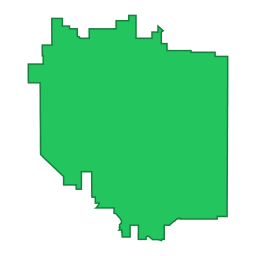 the district of Barkly, Northern Territory, Australia
{"feature_id": "25037944B87984246529450", "entity_name": "Barkly", "entity_type": "district", "adm_level": 2, "iso_a3": "AUS", "parent_name": "Australia", "parent_adm1": "Northern Territory", "projection": "natural_earth1", "projection_center": [135.185, -19.542], "detail": "fine", "context": "isolated", "style": "filled", "palette": "green", "viewbox_px": 256, "rotation_deg": 0, "n_neighbors": 0, "source": "geoboundaries", "source_scale": "gbopen_adm2", "svg_char_len": 3357}
<svg xmlns="http://www.w3.org/2000/svg" viewBox="0 0 256 256"><path d="M227.2,189.2L227.2,180.4L227.2,178.7L227.3,174.3L227.3,172.5L227.3,170.6L227.3,166.8L227.3,165.3L227.3,157.1L227.4,153.2L227.4,143.1L227.4,141.0L227.4,132.9L227.5,124.8L227.5,118.7L227.5,116.7L227.5,116.2L227.5,115.5L227.5,114.2L227.5,111.4L227.5,110.1L227.5,106.7L227.6,106.0L227.6,100.6L227.6,96.0L227.6,94.9L227.6,93.6L227.7,77.4L227.7,73.7L227.7,70.8L227.7,62.9L227.7,56.4L224.7,56.4L217.7,56.4L215.1,56.4L215.1,55.8L215.1,52.3L210.0,52.3L200.3,52.3L196.0,52.3L191.0,52.3L191.0,50.6L181.3,50.6L171.7,50.6L167.0,50.6L167.0,46.7L167.0,43.6L161.3,43.6L161.3,38.2L161.3,32.7L161.3,32.1L163.2,30.8L158.0,26.1L158.0,32.1L157.3,32.1L155.8,32.1L155.3,32.1L152.0,32.1L152.0,38.3L146.3,38.3L146.2,38.3L139.4,38.3L136.0,38.3L136.0,36.7L136.0,33.7L136.0,26.9L136.0,15.9L136.0,15.4L133.2,15.4L128.8,15.4L128.8,20.7L119.2,20.7L116.1,20.7L116.1,28.8L108.6,28.9L98.9,28.9L98.3,28.9L89.2,28.8L89.2,36.6L89.2,38.3L85.1,38.3L83.7,38.3L83.2,38.3L79.8,38.3L79.6,37.3L78.9,37.1L78.9,36.6L77.4,36.6L77.3,34.5L77.3,28.8L76.2,28.8L69.5,28.8L69.5,26.1L65.9,26.1L65.0,26.1L64.9,26.1L62.4,26.1L62.4,24.9L62.4,18.4L55.6,18.4L52.7,18.4L51.8,18.4L51.8,24.2L51.8,24.8L51.9,35.0L51.9,45.1L51.6,45.1L42.2,45.1L42.3,55.9L43.2,55.9L43.2,64.1L33.5,64.1L28.3,64.1L28.3,66.8L28.3,77.7L28.4,82.8L30.4,82.8L40.1,82.8L40.2,88.5L40.3,99.4L40.3,110.4L40.3,111.3L40.4,121.3L40.5,132.2L40.5,143.2L40.5,144.9L40.6,154.5L45.6,159.5L48.6,162.3L56.1,169.4L63.6,176.5L63.6,182.2L63.6,184.9L73.4,184.9L76.2,184.9L76.2,189.2L81.4,189.2L81.4,182.7L81.4,178.1L81.4,171.7L91.2,171.7L91.7,171.7L91.7,179.1L91.7,181.8L91.8,190.1L91.9,197.1L93.2,197.1L95.3,197.1L95.3,203.1L95.6,203.1L95.8,203.1L96.7,203.1L96.8,203.1L99.1,203.1L98.9,204.2L98.5,204.9L97.9,205.6L97.7,206.1L97.6,206.4L97.2,206.5L96.5,207.5L96.0,207.9L105.8,207.9L108.9,207.9L109.1,207.9L111.5,207.9L114.1,208.0L114.0,213.4L115.8,213.4L118.9,217.1L119.3,217.2L121.5,220.8L121.2,223.6L120.5,223.7L120.1,224.2L119.5,224.7L119.6,225.7L119.6,226.0L119.3,227.3L119.6,227.5L119.8,227.5L120.0,227.6L119.9,227.8L119.7,228.3L119.5,228.9L119.5,229.2L119.4,229.8L119.1,230.1L119.3,230.1L121.2,230.1L121.7,230.1L121.7,232.2L122.1,232.2L122.1,233.3L122.1,234.0L122.1,234.3L122.1,234.6L122.1,234.8L122.1,235.1L122.1,235.4L122.1,235.7L122.1,236.0L122.1,236.3L122.1,236.5L122.1,237.0L128.0,237.0L130.1,237.0L130.1,236.2L130.1,225.2L137.6,225.2L138.4,225.2L138.4,232.3L138.3,234.7L138.3,234.8L138.3,236.1L138.3,239.4L141.4,239.4L146.1,239.4L146.1,237.9L146.1,236.9L148.2,235.9L152.6,239.6L154.3,239.6L157.6,239.6L160.5,240.2L161.6,240.6L162.2,239.1L164.2,239.4L164.2,228.6L164.2,225.2L169.5,225.2L169.9,224.9L170.1,224.7L170.3,224.5L170.7,224.1L171.3,223.5L171.7,223.2L172.1,222.8L172.2,222.7L172.5,222.5L172.6,222.4L172.8,222.2L173.0,222.0L173.2,221.8L173.6,221.4L174.0,221.3L174.3,221.3L174.5,221.2L174.9,220.9L175.2,220.4L175.5,220.2L175.8,219.9L176.3,219.5L176.4,219.3L177.4,218.7L177.6,218.9L177.8,219.0L177.9,218.9L178.0,218.8L178.1,218.6L178.3,218.6L178.7,218.4L178.9,218.3L179.2,218.3L179.5,218.3L180.1,218.3L180.1,219.0L186.8,219.0L196.5,219.0L202.4,219.0L206.4,219.0L217.2,219.0L217.2,216.5L227.1,216.5L227.1,215.8L227.1,214.8L227.1,214.3L227.1,213.2L227.1,211.1L227.1,210.5L227.1,208.4L227.1,207.3L227.1,200.3L227.2,189.2Z" fill="#22c55e" stroke="#15803d" stroke-width="1.5"/></svg>